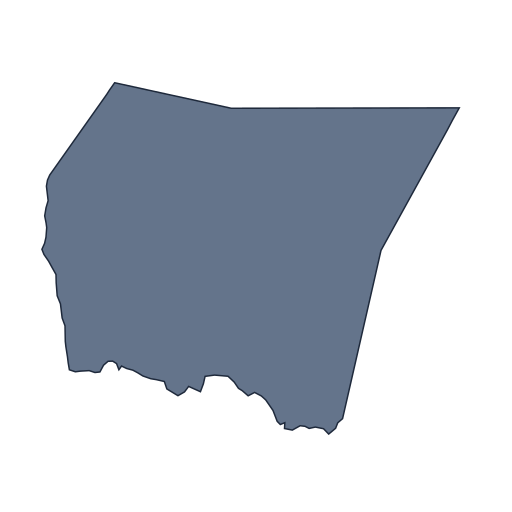 Amapá do Maranhão, Maranhão, Brazil, rotated 86°
{"feature_id": "56859067B53661341879056", "entity_name": "Amapá do Maranhão", "entity_type": "district", "adm_level": 2, "iso_a3": "BRA", "parent_name": "Brazil", "parent_adm1": "Maranhão", "projection": "albers", "projection_center": [-45.895, -1.657], "detail": "fine", "context": "isolated", "style": "filled", "palette": "slate", "viewbox_px": 512, "rotation_deg": 86, "n_neighbors": 0, "source": "geoboundaries", "source_scale": "gbopen_adm2", "svg_char_len": 1171}
<svg xmlns="http://www.w3.org/2000/svg" viewBox="0 0 512 512"><g transform="rotate(86 256 256)"><path d="M134.3,50.6L122.4,42.9L106.9,270.4L73.3,384.9L80.3,390.6L84.2,393.5L160.8,456.1L165.7,458.7L171.7,460.2L186.3,459.5L193.3,462.1L201.2,464.0L208.4,463.1L213.1,462.8L222.6,464.2L228.6,466.0L234.4,469.1L239.7,467.4L246.6,463.3L253.3,460.2L260.5,456.8L268.8,457.2L281.8,457.1L290.1,454.4L304.3,453.7L312.3,451.4L327.9,452.2L332.9,452.0L343.5,451.1L349.5,450.8L356.5,450.1L358.9,444.3L358.6,439.0L358.7,430.4L361.0,424.8L360.8,419.8L354.3,415.7L350.7,410.9L350.9,406.3L353.6,402.6L359.9,400.7L356.4,397.8L359.2,392.9L361.3,386.8L364.2,382.2L367.8,377.2L371.1,369.5L372.4,364.0L374.8,356.2L382.4,354.2L389.9,343.6L386.6,336.8L381.4,332.3L387.5,320.9L379.8,317.4L372.5,315.2L371.9,305.7L374.0,292.3L380.3,286.5L386.8,282.7L389.4,279.1L394.9,273.6L392.0,266.9L396.0,260.4L400.3,256.3L411.3,249.8L422.4,246.4L425.8,243.5L424.3,238.9L430.1,239.6L432.2,231.9L428.4,223.8L429.3,219.0L431.7,215.0L430.8,208.7L433.0,200.7L438.7,195.9L433.4,188.6L428.1,186.1L424.3,181.0L291.8,140.8L259.1,130.9L143.7,56.4L134.3,50.6Z" fill="#64748b" stroke="#1e293b" stroke-width="1.5"/></g></svg>